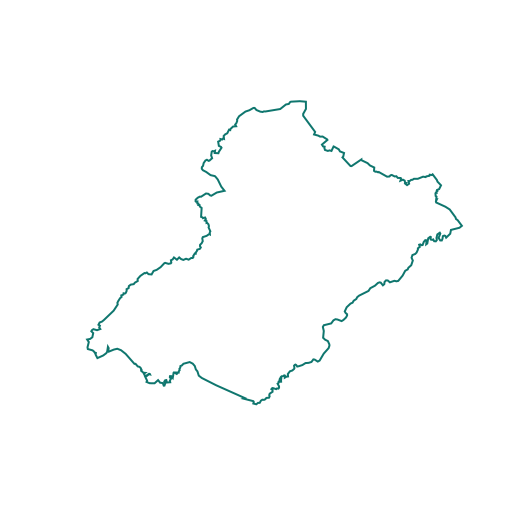 outline of Arenillas, El Oro, Ecuador, rotated 233°
{"feature_id": "8360857B40714321113119", "entity_name": "Arenillas", "entity_type": "district", "adm_level": 2, "iso_a3": "ECU", "parent_name": "Ecuador", "parent_adm1": "El Oro", "projection": "natural_earth1", "projection_center": [-80.11, -3.588], "detail": "fine", "context": "isolated", "style": "outline", "palette": "teal", "viewbox_px": 512, "rotation_deg": 233, "n_neighbors": 0, "source": "geoboundaries", "source_scale": "gbopen_adm2", "svg_char_len": 6109}
<svg xmlns="http://www.w3.org/2000/svg" viewBox="0 0 512 512"><g transform="rotate(233 256 256)"><path d="M295.4,82.1L295.5,80.5L295.0,79.2L292.4,79.6L289.6,76.4L289.6,73.6L290.9,70.9L287.9,70.7L284.5,66.5L282.9,65.7L279.0,68.7L277.3,69.1L275.0,69.0L275.5,70.4L273.9,68.6L269.9,67.9L268.5,74.1L268.5,78.0L269.1,79.5L272.6,83.1L271.1,82.9L269.4,81.2L268.2,80.9L266.8,86.2L265.4,89.4L262.0,91.5L256.3,93.0L243.0,94.0L242.4,94.9L239.0,95.1L237.6,96.2L236.2,96.5L234.1,96.1L234.2,95.7L233.4,95.2L230.5,95.9L229.4,97.1L229.4,95.6L227.2,95.3L226.4,96.2L226.3,99.7L225.7,100.2L225.2,100.1L226.0,99.4L225.9,96.3L226.5,94.9L222.0,94.0L221.3,92.8L218.4,94.5L215.4,98.4L215.8,103.1L212.5,103.2L210.6,105.1L208.0,104.3L207.6,104.9L209.1,107.1L210.9,107.2L211.4,108.7L210.9,109.7L208.6,108.7L206.8,111.5L208.3,112.2L209.1,114.2L211.0,114.2L211.8,115.0L211.1,116.0L208.7,116.1L212.4,120.0L212.4,120.5L209.5,121.7L209.6,122.3L210.7,122.5L209.4,124.1L210.4,125.0L210.8,126.4L211.9,126.8L212.4,128.3L213.6,129.4L213.2,130.9L213.6,133.2L211.2,139.2L208.1,140.7L205.0,140.9L201.6,139.7L199.1,139.8L194.9,138.3L191.2,139.3L176.7,146.4L149.4,161.5L149.7,160.1L141.7,166.5L140.8,166.4L139.8,165.1L137.4,167.0L137.5,169.2L136.5,170.6L137.5,172.8L137.4,174.6L136.3,175.8L136.0,177.1L136.4,178.9L135.0,181.1L135.8,182.5L136.9,182.8L137.8,184.1L137.6,187.5L139.2,188.7L140.4,188.2L140.7,189.0L140.5,189.9L137.5,192.0L137.6,193.1L136.6,194.1L136.9,195.1L138.1,196.0L141.0,196.4L141.0,197.4L141.9,198.3L140.5,200.4L142.1,201.5L142.9,200.3L143.8,201.4L143.1,202.5L144.4,203.1L144.5,204.1L143.8,204.9L143.7,206.7L143.1,207.1L141.5,205.8L141.3,207.7L140.5,209.1L142.6,210.4L143.5,213.7L142.7,216.1L142.9,218.5L143.3,219.2L145.5,220.4L145.7,221.5L145.5,222.2L144.6,222.5L142.9,222.4L142.2,223.9L141.0,227.4L140.7,231.1L139.0,233.7L138.0,236.5L138.9,239.6L138.0,240.5L134.5,241.8L134.2,243.9L137.3,251.4L138.7,258.5L140.2,260.7L141.3,261.4L144.8,262.2L147.6,260.8L150.3,260.4L155.3,265.0L159.1,266.7L159.9,268.5L156.9,275.5L158.0,279.1L157.7,281.4L156.3,282.8L152.5,285.2L152.3,287.3L152.7,290.8L153.7,293.0L154.7,293.7L156.4,293.3L158.3,293.5L160.5,297.6L161.1,302.9L160.6,305.0L161.5,307.1L161.3,310.2L162.2,312.0L162.3,314.5L160.4,324.8L161.5,327.9L160.7,333.1L161.1,337.1L160.6,338.8L159.7,339.6L156.2,339.7L156.3,341.5L157.9,343.0L158.3,345.1L157.2,346.5L154.4,347.1L152.9,351.6L151.3,352.9L150.5,354.6L152.1,361.3L154.4,366.3L154.0,369.1L154.9,370.6L155.2,374.4L158.0,378.5L161.0,379.2L162.6,381.5L161.8,384.4L162.1,386.3L163.7,389.2L164.7,389.9L164.7,392.3L166.8,393.1L166.4,394.2L164.9,394.8L164.5,395.7L166.3,398.5L166.8,400.7L166.3,401.3L165.0,400.9L162.9,399.0L162.9,400.3L166.5,404.2L166.5,406.7L165.9,407.0L164.6,405.6L163.9,405.5L162.8,406.5L162.6,407.5L160.6,407.2L159.5,408.4L159.9,410.0L161.8,411.0L164.1,413.8L164.0,416.8L163.0,416.7L160.5,412.7L157.5,412.5L156.6,413.7L157.5,415.3L159.4,417.2L159.0,418.7L158.1,419.3L156.2,418.9L156.9,424.5L159.5,427.4L156.1,435.5L156.2,438.6L163.3,438.6L165.2,438.0L166.8,438.6L176.6,438.7L181.4,436.9L190.3,432.1L191.3,432.5L192.4,434.5L192.7,433.9L194.8,435.9L195.8,435.6L198.0,437.0L198.3,437.6L197.8,438.2L198.5,438.5L198.7,439.8L199.4,439.7L199.8,440.3L199.2,442.5L201.1,446.3L206.2,445.7L207.8,446.2L214.9,446.2L214.8,445.2L216.4,443.6L215.7,442.7L217.1,439.9L216.9,439.0L218.8,437.2L220.3,431.6L222.6,428.6L222.7,426.8L223.4,425.8L223.4,423.8L224.1,422.9L221.6,421.8L221.7,419.3L224.0,418.7L224.1,419.8L224.9,419.2L226.7,420.1L228.5,419.3L229.2,416.7L230.3,418.3L231.2,418.5L233.1,416.2L235.2,416.1L236.1,414.6L239.0,413.2L239.5,412.0L239.2,410.4L240.5,408.4L249.2,404.6L249.3,403.9L250.9,403.0L251.5,402.0L253.0,401.5L255.5,403.7L259.7,401.5L263.0,401.0L269.2,397.8L269.7,398.2L270.3,386.4L271.0,385.6L282.7,384.4L283.0,385.6L285.3,388.3L289.0,386.0L291.4,386.3L296.5,384.1L296.8,383.9L294.5,379.5L296.0,378.4L296.7,376.6L299.2,374.9L301.1,375.6L302.0,376.6L303.2,375.5L305.3,375.7L305.7,382.9L306.3,383.0L311.3,381.1L312.8,379.0L314.6,378.2L318.1,375.5L319.5,377.9L339.6,378.1L341.1,379.2L343.4,384.4L349.2,388.7L353.3,384.1L358.2,376.8L358.4,375.9L357.7,373.7L359.0,371.1L358.8,363.8L365.8,350.4L366.7,349.4L367.0,348.0L368.7,346.3L372.3,344.2L375.1,344.0L375.8,343.0L376.4,338.4L377.7,334.5L377.8,326.6L376.4,323.0L375.2,322.3L373.9,320.2L373.5,318.5L371.6,318.2L373.2,315.6L372.8,311.9L372.1,311.2L373.1,310.5L371.3,306.9L371.7,304.6L371.3,302.4L368.9,301.0L369.7,300.6L369.3,299.3L370.8,298.0L370.0,297.5L369.7,296.6L370.1,294.6L366.3,292.6L364.2,293.7L363.2,293.6L361.6,289.1L360.7,287.8L363.1,285.0L364.7,286.6L365.0,285.2L365.9,284.6L366.0,283.5L363.3,280.7L360.5,279.8L360.2,276.2L360.5,275.4L362.4,274.7L362.7,273.1L361.7,270.1L359.9,268.0L359.5,266.2L358.3,265.2L356.5,265.2L353.1,266.8L347.9,268.4L344.6,271.2L343.1,271.4L340.1,271.5L332.3,270.0L327.0,270.1L330.3,262.9L331.0,256.6L332.1,255.8L334.3,255.4L336.0,253.7L336.4,247.8L337.2,246.9L337.6,244.6L337.3,241.7L336.1,240.7L335.4,240.8L334.8,242.0L333.3,240.8L332.5,241.5L331.5,240.6L330.7,241.6L329.3,240.9L327.1,241.5L320.3,235.7L319.0,236.5L318.1,236.4L317.4,238.5L315.7,238.2L315.1,236.5L313.7,237.5L312.2,236.4L312.0,236.9L309.9,237.1L308.2,236.4L307.3,235.3L303.2,234.4L302.7,233.3L301.0,232.2L301.7,231.9L301.8,228.7L303.1,224.9L302.4,223.7L299.9,222.4L298.9,220.3L298.6,218.1L297.6,217.2L296.0,217.0L295.5,215.4L296.4,212.9L295.5,211.7L294.8,209.3L294.4,209.5L294.1,209.2L294.8,208.5L293.7,205.7L292.9,205.5L292.5,204.2L293.4,203.1L293.6,200.0L295.9,198.5L296.6,195.6L298.7,194.3L301.1,193.8L300.6,190.6L304.2,189.6L303.4,187.3L303.8,185.5L301.6,184.3L301.4,183.5L302.4,181.4L305.2,179.3L305.4,178.4L304.5,173.1L304.7,168.3L305.7,165.2L304.1,161.5L306.2,159.2L308.5,158.9L308.8,157.2L309.5,156.7L309.7,151.7L308.9,147.6L307.2,146.5L307.6,143.2L307.1,141.4L308.5,138.8L308.5,136.4L307.0,134.9L307.4,132.7L306.0,131.7L304.9,129.8L304.9,128.7L305.9,127.8L305.0,126.8L305.6,124.7L304.2,124.0L304.1,122.0L302.8,118.6L302.0,117.1L300.5,116.4L298.0,109.4L296.4,95.9L296.3,93.5L297.0,91.1L295.9,88.8L294.3,89.4L293.3,87.8L291.4,87.7L292.4,84.4L295.4,82.1Z" fill="none" stroke="#0f766e" stroke-width="2"/></g></svg>